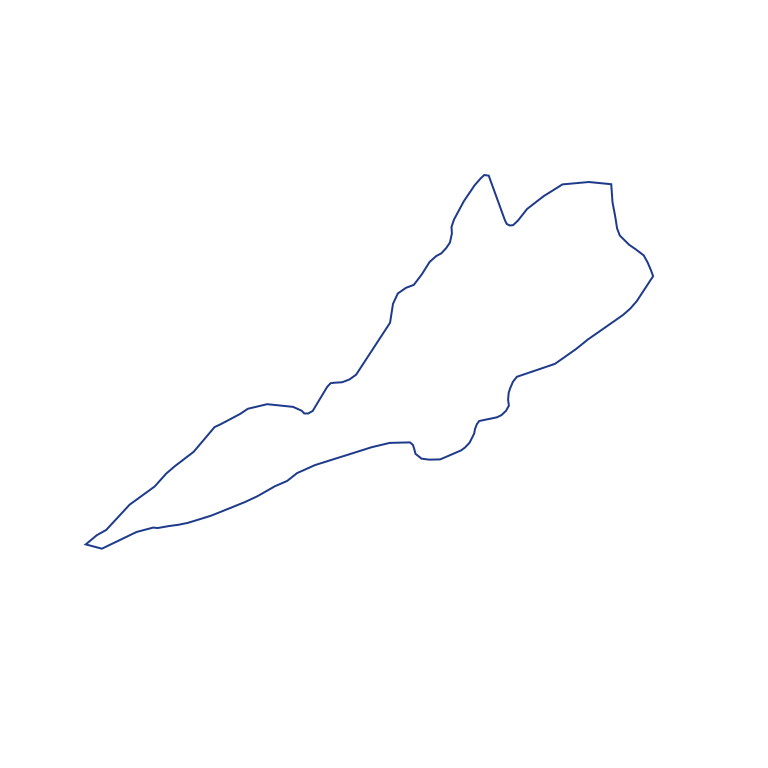 the district of Pueblo Nuevo, Suchitepéquez, Guatemala, rotated 209°
{"feature_id": "79465075B83256235526272", "entity_name": "Pueblo Nuevo", "entity_type": "district", "adm_level": 2, "iso_a3": "GTM", "parent_name": "Guatemala", "parent_adm1": "Suchitepéquez", "projection": "equal_earth", "projection_center": [-91.526, 14.668], "detail": "fine", "context": "isolated", "style": "outline", "palette": "blue", "viewbox_px": 768, "rotation_deg": 209, "n_neighbors": 0, "source": "geoboundaries", "source_scale": "gbopen_adm2", "svg_char_len": 1497}
<svg xmlns="http://www.w3.org/2000/svg" viewBox="0 0 768 768"><g transform="rotate(209 384 384)"><path d="M282.1,668.9L302.9,659.9L324.7,645.1L335.4,625.8L343.7,606.5L346.1,591.8L348.1,585.5L350.9,583.6L354.3,583.5L357.7,585.9L393.4,617.0L397.6,615.4L399.1,610.9L401.1,601.7L402.8,582.5L402.5,561.8L401.1,554.1L397.6,548.6L394.9,539.7L395.5,533.0L397.2,526.1L400.4,521.1L403.3,512.9L404.1,498.2L406.0,485.1L411.4,478.8L415.8,469.9L415.0,458.5L408.4,440.5L412.9,378.6L416.5,371.1L421.5,365.2L428.1,361.0L431.1,358.8L432.3,353.9L433.3,325.8L436.2,321.3L439.5,319.6L443.0,320.7L452.5,319.9L476.4,309.7L491.1,296.3L495.3,288.1L507.3,269.7L511.3,264.2L517.6,232.4L527.2,210.5L531.1,199.9L534.9,183.2L548.0,155.1L556.2,121.7L561.9,112.5L567.1,99.1L550.9,103.2L528.7,134.6L516.3,146.5L512.1,148.3L503.6,155.2L495.3,161.4L488.3,167.4L471.4,185.0L448.5,213.2L440.5,224.2L429.9,241.6L421.7,252.3L416.8,264.0L405.0,279.7L368.9,317.7L364.4,322.5L350.4,335.3L333.0,345.5L329.3,344.8L326.5,342.3L322.6,338.2L315.0,336.9L307.7,339.8L298.3,345.3L284.4,363.3L282.4,367.6L280.7,374.1L281.1,384.3L282.6,388.8L283.3,394.0L282.8,397.8L269.1,409.6L266.2,413.7L264.3,419.6L264.3,425.7L267.8,430.3L270.7,436.8L271.6,441.5L272.3,448.4L271.3,454.7L244.2,484.6L232.8,508.1L227.4,521.5L208.4,560.3L205.2,569.3L203.1,578.9L200.9,608.8L205.8,613.0L212.2,618.0L219.2,622.4L229.6,623.9L237.1,624.6L249.8,628.2L255.6,633.1L261.0,640.1L264.4,644.3L272.3,653.8L282.1,668.9Z" fill="none" stroke="#1e3a8a" stroke-width="2"/></g></svg>